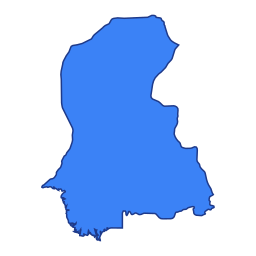 the border of Sind
{"feature_id": "PAK-1114", "entity_name": "Sind", "entity_type": "Province", "adm_level": 1, "iso_a3": "PAK", "parent_name": "Pakistan", "parent_adm1": "", "projection": "natural_earth1", "projection_center": [68.493, 26.111], "detail": "fine", "context": "isolated", "style": "filled", "palette": "blue", "viewbox_px": 256, "rotation_deg": 0, "n_neighbors": 0, "source": "natural_earth", "source_scale": "10m", "svg_char_len": 5773}
<svg xmlns="http://www.w3.org/2000/svg" viewBox="0 0 256 256"><path d="M178.7,45.0L175.4,48.8L174.9,49.6L172.1,58.6L171.2,60.0L168.0,63.4L165.6,67.5L161.1,72.1L158.6,74.0L155.2,77.8L153.6,80.8L152.6,84.3L150.9,95.6L151.2,97.5L152.5,99.0L158.5,101.6L160.0,102.8L162.8,105.5L164.5,106.2L173.8,105.8L175.3,106.2L176.7,107.0L177.8,108.5L178.0,110.2L177.7,114.1L177.9,115.9L177.8,116.7L177.4,117.7L177.2,118.6L177.3,119.5L177.6,121.4L177.4,123.1L176.8,124.8L174.7,128.6L174.6,129.4L174.5,131.0L174.2,133.4L174.2,134.1L175.0,136.5L176.2,138.7L177.7,140.7L179.3,142.2L180.1,143.2L180.9,145.8L181.4,146.8L182.0,147.3L183.6,147.9L185.7,148.4L190.3,148.3L191.8,148.0L193.3,147.3L194.7,146.8L196.3,147.1L197.1,148.4L197.3,150.3L196.9,159.7L197.2,161.3L197.8,162.3L199.4,164.2L199.7,165.3L199.9,166.4L200.4,167.4L201.7,169.0L204.1,171.3L204.8,172.2L205.2,173.3L206.6,179.7L207.4,182.3L208.5,184.8L210.9,188.8L212.2,192.8L213.3,194.6L212.5,195.2L209.9,196.6L209.4,197.7L209.1,199.2L209.2,200.5L209.9,201.2L210.1,201.5L210.1,201.8L209.9,202.4L209.8,203.7L209.8,204.4L210.0,204.8L210.8,205.3L212.4,205.6L213.8,206.1L214.1,207.2L213.7,207.7L211.8,208.4L211.4,208.9L211.1,209.5L210.7,209.8L210.0,209.8L209.1,209.4L208.4,209.3L207.7,209.6L205.3,211.3L204.7,212.2L204.8,213.0L205.3,213.8L205.1,214.1L203.6,214.6L202.2,215.4L201.4,215.6L196.2,215.2L194.7,214.4L194.1,213.7L193.8,213.0L193.6,211.2L193.2,209.5L193.2,209.0L193.4,208.7L194.1,208.2L194.3,207.8L193.9,206.7L192.2,206.6L188.2,207.7L186.4,209.1L185.7,209.3L183.6,209.5L182.8,209.9L181.4,211.0L180.6,211.2L179.8,211.2L177.6,212.1L176.2,212.2L175.8,212.5L175.4,213.2L174.4,216.1L174.0,217.0L172.6,218.3L170.9,218.7L163.0,218.8L160.9,218.6L159.2,217.6L156.1,214.1L155.0,213.5L144.0,213.2L141.1,214.4L139.6,214.6L138.9,214.5L136.7,213.3L135.7,213.0L135.0,213.1L133.4,214.1L132.3,214.5L131.6,214.4L131.1,213.8L130.3,212.3L130.0,211.9L129.7,211.6L129.4,211.5L128.8,211.5L128.6,211.8L128.4,212.6L127.2,215.0L126.8,215.4L126.1,214.8L125.8,212.0L125.3,211.1L123.3,211.0L122.4,212.9L122.4,228.0L111.0,227.9L109.2,228.3L107.9,229.2L107.9,228.4L107.8,228.1L107.5,227.9L107.0,228.0L107.0,228.4L107.2,229.2L106.9,229.8L106.4,230.3L105.9,230.6L105.3,230.3L104.8,229.3L104.4,229.4L104.1,229.7L104.0,230.1L104.0,230.8L104.3,231.3L104.2,231.4L103.5,231.4L102.2,232.1L101.3,233.8L100.3,230.8L100.3,232.7L100.8,233.9L100.7,234.8L100.0,236.6L99.7,237.5L99.8,238.4L100.2,239.7L100.3,240.6L100.0,240.6L99.2,240.0L98.1,238.8L98.0,240.0L97.3,240.0L96.6,239.3L96.3,238.3L96.4,238.0L97.1,237.4L97.0,236.5L97.3,235.5L97.6,235.3L98.1,235.3L98.1,235.0L97.6,234.5L97.0,233.8L96.5,232.8L96.3,231.8L96.7,230.0L96.0,230.1L95.1,229.4L94.7,229.2L95.8,233.3L96.3,234.4L95.6,236.1L95.1,236.9L94.7,237.2L94.5,236.9L94.3,236.4L94.1,235.5L93.9,235.2L93.5,235.3L93.1,235.5L92.3,235.3L91.9,235.0L91.6,234.2L90.9,234.2L90.7,234.0L90.5,233.6L90.5,233.0L90.3,232.6L90.0,232.5L89.6,232.7L89.1,233.4L88.9,232.7L88.8,230.9L88.5,230.5L88.3,231.6L87.9,234.6L87.6,235.3L86.5,235.1L85.3,234.7L83.2,233.7L83.7,234.1L84.1,234.7L84.2,235.3L83.7,235.9L83.1,236.1L82.2,236.0L80.8,235.6L80.1,235.6L79.8,235.6L79.7,235.1L79.8,234.6L80.3,233.4L80.6,230.7L80.8,230.2L80.8,229.9L80.6,229.9L80.6,229.5L80.1,230.3L80.0,232.3L79.7,233.1L79.2,233.4L78.6,233.2L78.2,232.6L78.1,231.8L77.6,232.4L77.3,232.2L77.0,231.6L76.5,231.2L76.0,231.1L75.9,231.5L76.1,232.0L76.5,232.4L74.4,231.9L73.9,231.5L74.8,231.4L75.2,231.2L75.5,230.7L76.0,229.7L76.3,229.2L75.1,230.0L74.7,229.9L74.6,229.4L75.0,227.6L73.3,227.2L72.8,227.0L73.5,225.4L73.9,224.9L74.4,225.1L75.5,224.3L75.9,223.9L76.0,223.1L75.1,224.0L74.3,223.9L73.4,223.4L72.4,223.1L70.2,223.3L69.0,223.1L68.5,222.4L68.4,220.9L68.0,219.7L67.0,217.7L66.8,217.1L66.7,216.5L66.7,214.2L66.1,213.3L66.7,212.3L66.4,211.1L67.2,210.4L68.4,210.3L69.4,210.4L68.6,209.9L68.0,209.8L66.3,209.8L65.9,209.2L65.9,208.0L66.5,205.9L65.9,206.5L65.4,206.9L65.3,205.7L64.9,204.6L64.3,203.6L63.5,202.7L64.3,202.0L64.1,201.6L63.3,201.5L62.9,200.9L62.7,200.3L62.5,198.9L63.1,199.2L63.8,199.3L64.5,199.2L65.1,198.9L63.5,197.8L62.7,197.6L61.5,197.9L61.2,197.7L61.1,196.8L61.4,195.5L62.2,194.3L63.1,193.3L64.1,192.5L65.2,191.9L65.3,191.6L64.9,190.9L64.4,190.5L64.1,190.6L63.6,190.8L62.2,191.1L61.9,191.0L61.6,190.0L61.4,189.5L61.1,189.2L60.8,189.0L59.2,189.3L58.5,189.0L58.2,189.3L58.6,190.3L57.8,190.0L56.3,188.7L55.6,188.5L54.9,188.1L54.3,187.6L54.0,187.1L53.7,187.1L53.7,188.0L54.0,188.7L53.1,188.6L52.3,188.0L51.6,187.3L50.8,186.8L49.7,186.7L48.7,187.1L47.7,187.3L46.8,186.8L46.4,186.9L44.3,187.2L43.4,187.6L42.9,187.7L41.9,187.3L42.0,186.4L42.8,185.4L43.9,184.9L50.0,179.4L50.8,179.0L52.5,178.7L53.0,178.5L54.1,177.8L55.0,176.7L56.2,174.8L56.4,174.0L56.4,172.6L56.7,171.9L58.4,169.5L60.2,167.8L60.8,166.9L61.9,163.6L62.0,163.2L61.7,161.4L61.8,161.0L62.0,160.4L64.0,156.5L64.3,156.0L65.4,155.4L65.7,155.1L66.0,154.7L66.8,152.7L69.4,149.4L70.0,148.5L72.0,142.7L72.4,141.1L72.6,139.7L72.3,135.1L73.0,131.0L72.9,129.7L72.5,128.0L62.6,108.1L62.3,107.1L61.9,105.0L61.6,102.8L61.3,79.3L60.9,74.8L61.0,73.2L61.2,71.1L62.7,64.2L62.9,62.7L63.2,61.8L63.7,60.6L66.3,55.7L69.0,51.9L70.8,47.2L71.3,46.3L72.8,45.5L77.2,44.8L82.2,43.5L91.5,38.9L93.2,36.1L94.4,34.7L102.8,27.7L103.5,26.9L105.3,25.5L108.6,24.0L109.1,23.7L109.3,23.4L111.2,20.0L112.0,19.1L112.6,18.8L113.7,18.4L117.6,17.9L124.2,18.3L142.6,17.5L147.7,17.3L151.8,15.4L152.3,15.4L153.3,15.4L154.3,15.5L155.5,16.0L155.8,16.3L156.0,17.2L156.3,17.4L160.0,17.9L161.0,18.3L161.9,20.3L162.5,20.9L163.2,21.2L163.6,21.6L163.9,22.0L164.1,22.7L164.1,24.3L164.2,24.7L164.9,25.9L165.1,27.1L167.5,34.8L168.1,36.1L170.5,39.9L171.9,41.2L174.3,42.8L178.7,45.0ZM69.9,223.5L70.4,224.1L71.3,224.1L73.1,223.5L74.1,224.2L73.4,224.5L72.9,225.8L71.9,226.1L71.2,225.8L70.6,225.1L70.1,224.3L69.9,223.5Z" fill="#3b82f6" stroke="#1e3a8a" stroke-width="1.5"/></svg>